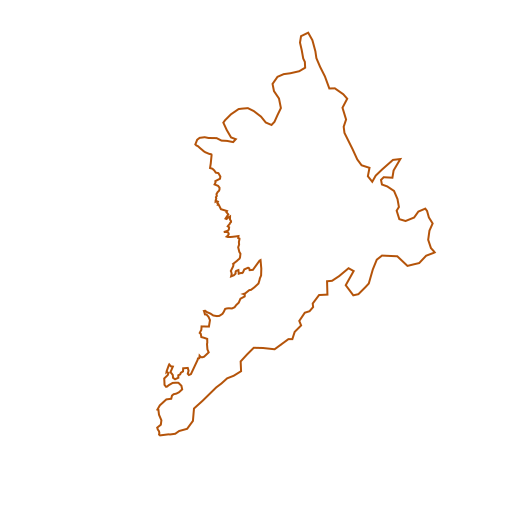 outline of Meladeia, Paphos, Cyprus, rotated 225°
{"feature_id": "46923920B22026130701227", "entity_name": "Meladeia", "entity_type": "district", "adm_level": 2, "iso_a3": "CYP", "parent_name": "Cyprus", "parent_adm1": "Paphos", "projection": "natural_earth1", "projection_center": [32.505, 34.991], "detail": "fine", "context": "isolated", "style": "outline", "palette": "amber", "viewbox_px": 512, "rotation_deg": 225, "n_neighbors": 0, "source": "geoboundaries", "source_scale": "gbopen_adm2", "svg_char_len": 4451}
<svg xmlns="http://www.w3.org/2000/svg" viewBox="0 0 512 512"><g transform="rotate(225 256 256)"><path d="M187.4,73.2L186.6,77.9L182.5,85.1L184.0,94.8L192.0,104.3L191.4,115.9L191.2,135.0L190.3,141.4L189.9,149.1L187.1,155.5L185.1,164.0L192.3,170.6L192.7,180.1L192.7,189.5L186.0,195.9L176.9,203.2L174.3,220.1L171.5,222.9L175.0,229.7L175.0,233.7L175.0,238.8L179.5,240.7L180.1,243.8L181.4,250.4L179.1,254.8L179.5,260.3L182.3,262.5L183.8,273.0L178.2,279.2L187.9,288.4L184.7,292.2L183.0,300.5L181.9,312.8L176.3,314.4L171.9,298.8L159.4,297.0L156.6,301.4L156.6,311.5L156.8,316.3L163.9,329.1L168.0,338.8L167.2,345.4L155.9,355.7L141.9,356.1L138.4,361.9L135.6,366.4L135.9,376.5L132.7,383.6L132.2,384.9L133.8,385.1L137.9,385.3L145.7,389.2L151.3,396.6L154.1,403.9L154.5,404.0L161.0,405.5L166.9,408.8L169.8,409.2L172.6,402.2L171.4,395.0L175.0,386.5L180.7,383.4L188.6,387.5L189.6,391.7L196.2,396.3L204.4,399.6L212.4,398.0L217.5,395.6L221.4,398.2L221.4,402.0L214.9,407.8L219.2,413.8L222.5,426.6L227.1,420.8L227.6,413.1L228.0,406.4L228.2,397.5L226.3,390.7L233.3,391.5L238.1,398.6L245.5,394.8L252.7,395.9L263.2,399.8L280.5,405.6L285.4,409.4L288.8,416.2L299.7,422.0L302.7,431.7L308.6,432.1L318.8,430.3L322.6,426.3L334.2,431.7L344.5,435.1L353.2,438.6L358.7,442.7L365.8,446.8L368.8,448.5L369.9,448.8L377.0,450.8L379.6,443.3L375.8,438.0L369.4,434.0L362.2,429.0L358.7,427.8L354.4,423.9L356.1,417.2L361.0,409.4L365.0,404.2L367.5,397.9L366.0,389.4L359.9,385.3L351.1,383.6L343.0,378.2L340.5,371.0L337.8,363.9L337.7,359.6L343.5,357.3L351.0,358.1L360.1,356.9L366.3,354.8L370.1,350.3L372.2,347.6L373.9,338.5L373.9,330.2L373.4,327.2L365.8,324.4L361.6,323.3L357.5,322.2L352.9,324.3L352.7,320.4L354.6,319.1L357.9,316.9L362.0,313.2L367.2,311.5L373.0,305.9L376.3,303.7L379.4,299.7L379.8,296.6L377.8,292.0L377.6,292.0L376.3,292.0L374.7,292.6L372.4,292.7L370.9,292.8L369.0,293.0L367.1,293.1L365.2,293.5L363.8,294.1L361.8,294.9L360.8,295.4L360.1,296.0L359.4,296.3L358.8,296.0L353.4,289.4L350.7,285.7L348.5,286.9L346.0,287.0L343.4,286.5L341.2,288.0L337.4,287.0L336.1,285.2L337.7,280.2L336.6,279.3L335.9,277.3L332.4,278.8L330.1,278.5L329.0,277.4L328.3,276.1L328.3,274.0L327.7,271.8L326.2,270.8L325.9,269.2L324.7,268.5L323.8,266.7L323.0,265.8L322.6,267.0L321.3,267.5L320.8,266.1L319.5,266.1L319.2,265.2L318.3,265.8L313.9,264.3L308.3,267.3L308.0,266.1L305.0,265.8L304.0,260.9L303.0,261.3L302.7,264.0L302.3,265.6L300.2,263.4L298.3,263.0L297.7,262.4L297.6,260.7L297.2,259.8L297.2,258.6L297.0,257.0L295.3,257.3L294.1,255.8L293.7,254.5L294.1,253.3L295.7,250.2L294.7,251.3L293.1,252.7L291.9,252.8L290.8,252.3L290.3,250.6L290.4,249.0L289.4,249.5L287.3,251.6L286.3,252.8L284.0,255.7L282.5,257.7L281.3,256.1L280.0,256.6L279.6,256.2L278.0,253.8L276.0,252.1L274.8,249.6L270.7,247.1L268.6,246.6L266.3,243.7L265.8,242.5L266.0,240.5L266.0,239.2L266.6,234.2L265.8,234.0L264.8,232.4L263.2,227.6L262.0,227.1L260.5,226.1L259.2,224.0L258.0,226.8L258.0,229.1L259.2,230.3L259.5,231.4L258.5,233.6L255.7,231.3L254.5,233.6L253.8,234.0L253.6,235.1L254.8,238.2L254.3,239.5L253.3,242.1L252.1,242.5L250.5,241.5L249.9,242.2L248.4,244.0L250.2,255.2L249.9,256.3L243.3,250.8L238.6,245.8L237.4,242.8L236.7,241.8L234.8,238.3L235.0,232.7L235.6,228.5L236.6,227.2L237.2,221.9L238.0,220.3L236.8,220.9L235.4,219.4L236.8,214.8L235.2,210.8L235.3,207.3L234.9,204.6L235.9,201.9L238.2,199.9L239.4,198.5L240.4,196.8L239.3,193.7L238.8,191.3L239.6,187.7L241.2,185.8L244.2,183.7L247.4,183.1L251.1,181.6L253.3,181.3L253.9,180.3L253.6,180.2L250.8,178.6L249.6,179.6L246.5,179.4L243.2,178.1L239.4,172.8L244.7,167.7L242.5,165.2L241.4,161.8L240.0,161.9L237.3,160.0L235.5,161.1L231.9,162.9L229.1,160.2L228.4,159.1L224.3,155.6L221.3,154.4L221.5,148.0L222.5,146.2L223.7,145.5L225.4,145.6L223.8,143.6L224.6,142.5L223.8,141.2L218.5,126.5L219.3,124.4L221.0,124.5L222.6,127.2L225.1,128.6L228.1,125.1L226.0,122.8L226.6,120.3L225.9,118.7L226.6,116.7L224.8,115.0L226.1,111.6L228.5,111.2L230.7,113.0L232.8,113.3L234.3,113.3L236.6,119.0L238.2,117.8L240.7,118.0L240.5,117.3L237.7,111.3L237.1,110.5L237.0,111.2L235.1,111.2L234.2,109.3L234.3,104.5L231.5,102.0L229.6,100.2L227.1,99.9L226.6,100.6L226.3,103.2L225.2,107.3L223.0,109.8L221.2,111.5L217.0,111.5L213.9,109.5L214.1,105.2L215.0,102.4L216.5,100.0L216.7,97.9L215.0,95.1L218.0,91.2L218.4,82.4L217.1,77.7L216.2,78.2L212.4,75.2L206.7,72.9L204.0,69.4L204.5,64.8L202.8,63.9L200.7,63.5L199.2,62.5L198.3,61.2L197.0,61.3L191.8,68.0L190.6,69.0L187.4,73.2Z" fill="none" stroke="#b45309" stroke-width="2"/></g></svg>